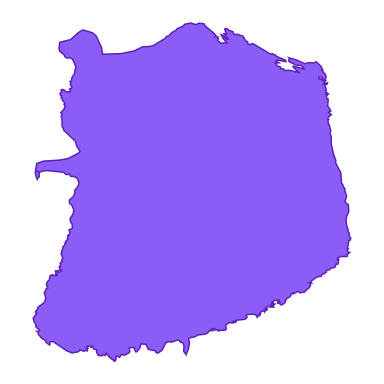 outline of Hurum nor, Buskerud, Norway
{"feature_id": "86288312B72447023629583", "entity_name": "Hurum nor", "entity_type": "district", "adm_level": 2, "iso_a3": "NOR", "parent_name": "Norway", "parent_adm1": "Buskerud", "projection": "natural_earth1", "projection_center": [10.511, 59.602], "detail": "fine", "context": "isolated", "style": "filled", "palette": "violet", "viewbox_px": 384, "rotation_deg": 0, "n_neighbors": 0, "source": "geoboundaries", "source_scale": "gbopen_adm2", "svg_char_len": 5796}
<svg xmlns="http://www.w3.org/2000/svg" viewBox="0 0 384 384"><path d="M204.0,23.8L199.1,23.2L195.9,24.6L190.7,23.0L184.7,24.3L183.1,26.1L177.0,28.8L175.8,30.4L171.6,32.7L168.6,36.0L166.6,36.3L165.5,38.2L153.4,45.5L149.7,46.5L143.0,46.7L133.8,51.0L121.5,53.6L102.7,54.3L101.5,47.5L96.1,35.8L92.6,32.8L82.8,29.9L78.5,32.5L70.7,39.6L59.7,42.3L59.0,48.7L59.8,51.3L64.4,55.2L65.1,57.1L67.6,58.2L69.5,57.5L72.5,59.0L76.1,67.4L75.0,69.9L74.6,73.2L71.9,77.7L71.3,81.0L70.0,81.5L71.0,83.0L70.3,84.5L71.8,87.3L71.1,88.6L69.7,88.8L70.3,90.4L69.7,91.9L66.2,91.8L63.8,89.7L62.0,89.5L61.0,90.1L61.9,91.8L60.0,93.3L60.5,95.2L61.8,95.8L61.1,97.8L62.4,98.5L62.2,100.0L63.8,101.6L64.8,104.0L64.1,104.4L65.2,105.8L63.9,109.4L60.8,112.6L62.3,114.1L61.1,116.6L62.0,118.6L62.1,126.2L64.1,130.6L75.5,141.4L76.6,146.0L80.0,151.3L78.3,153.2L68.1,158.5L59.6,160.1L43.7,161.1L36.7,163.5L35.2,172.7L36.1,176.5L37.7,180.4L37.0,178.4L39.3,176.9L39.2,173.0L38.6,171.9L36.1,170.8L39.8,172.4L41.3,171.3L46.9,170.5L63.9,172.3L65.5,174.2L67.3,174.7L69.2,173.9L70.6,176.2L75.0,176.8L77.6,178.9L79.0,183.2L77.9,186.4L74.5,190.7L74.9,192.9L73.6,196.2L69.3,200.2L69.5,203.2L72.1,205.7L73.9,210.4L73.0,214.0L70.1,218.7L70.6,222.0L72.2,224.6L72.3,228.4L69.0,229.8L70.2,233.3L68.0,235.4L69.6,235.7L67.2,235.6L68.3,236.2L67.4,238.2L67.8,239.2L65.8,241.1L65.6,242.9L64.8,243.1L65.6,243.9L62.7,247.2L62.6,249.5L61.6,251.1L62.0,252.6L61.1,253.4L62.8,258.1L61.8,259.8L62.1,262.0L60.9,262.5L61.2,262.0L60.4,262.8L61.0,264.1L60.2,264.9L60.2,266.7L59.2,266.9L59.9,268.5L59.4,269.3L60.9,270.2L60.4,270.3L61.1,271.5L58.7,272.2L57.7,271.6L58.2,270.9L55.5,270.9L56.1,273.5L55.0,273.9L57.1,274.1L57.2,275.3L52.7,275.5L52.5,274.7L50.1,275.7L49.1,280.2L47.5,281.5L46.3,284.5L47.7,287.9L46.2,288.7L45.8,290.6L44.3,292.3L45.9,298.3L45.1,299.7L45.3,301.0L43.6,303.1L37.9,307.2L37.7,308.9L35.5,311.5L35.6,312.9L36.9,313.3L33.2,318.0L33.9,321.3L36.3,325.1L35.7,326.0L36.2,327.2L39.5,330.1L38.4,331.5L37.1,331.4L38.0,332.0L38.4,334.3L41.7,338.3L45.3,340.3L45.7,341.9L48.2,344.1L49.7,344.9L50.2,341.8L53.1,341.5L66.7,350.8L72.2,353.0L78.6,351.7L80.0,350.0L84.2,351.3L85.3,350.1L87.1,351.0L87.5,349.7L86.8,347.9L87.8,347.9L86.8,346.6L89.5,345.9L91.1,347.5L92.5,346.1L93.5,348.7L97.1,350.1L96.5,351.8L98.1,355.4L102.1,355.8L103.1,354.5L105.0,355.5L106.2,353.2L109.6,357.4L114.4,361.0L114.3,360.1L115.3,360.6L116.0,359.1L116.3,356.4L117.9,356.2L119.5,357.4L121.5,354.4L124.6,355.2L129.2,352.7L129.9,351.3L129.2,348.1L130.2,347.4L134.6,347.8L134.5,349.6L135.7,351.8L136.7,351.8L139.7,348.3L141.0,343.9L145.9,344.3L148.4,349.4L155.4,350.8L155.9,352.3L157.6,353.2L162.0,350.3L165.6,343.2L167.7,341.9L170.5,341.5L171.0,342.2L177.5,340.1L179.0,340.3L180.3,342.1L182.4,342.4L184.0,345.5L183.7,351.5L185.8,354.3L185.7,353.3L186.5,353.6L188.3,349.4L189.5,342.8L188.6,338.5L189.1,338.0L195.0,336.7L198.2,334.9L205.1,334.2L207.6,333.0L209.0,330.9L213.9,330.4L211.2,330.2L211.1,329.2L212.2,328.6L214.5,328.6L214.9,329.4L214.2,329.9L217.4,329.9L219.3,331.5L218.9,330.8L219.8,330.3L225.4,330.1L226.4,328.7L225.5,325.2L229.1,322.7L233.2,322.9L236.6,321.8L233.7,321.5L236.7,320.2L245.1,319.3L247.1,317.5L246.1,315.3L248.2,314.4L255.4,314.3L257.2,317.3L257.8,316.9L257.4,315.8L258.4,315.0L260.2,316.1L259.6,315.6L260.5,313.8L259.6,313.6L260.5,312.2L263.4,310.7L264.2,311.6L264.1,311.0L265.3,311.1L267.4,309.5L267.3,308.3L267.0,309.5L264.9,309.0L266.5,306.8L273.3,307.1L271.1,305.5L274.0,305.8L271.5,305.2L272.2,304.2L274.3,304.8L274.9,304.0L271.9,303.1L272.2,301.8L273.3,302.2L274.1,300.4L279.1,300.0L279.5,301.5L278.0,301.9L279.4,302.5L276.9,303.2L279.0,303.1L281.1,305.0L282.9,304.3L285.1,302.4L286.4,298.8L290.1,296.6L291.5,293.7L293.3,293.7L292.9,293.2L295.5,292.8L297.2,291.6L298.9,291.7L299.7,292.8L304.2,292.2L309.5,287.3L310.4,285.6L310.3,283.8L311.4,283.3L309.4,282.8L311.2,282.3L311.0,281.3L316.7,277.1L321.4,276.1L322.0,274.0L324.8,273.6L325.0,272.6L326.5,272.0L326.3,271.0L327.4,269.6L329.3,270.0L330.6,268.3L334.2,267.6L335.3,266.6L336.0,264.2L338.1,264.0L338.3,260.2L338.8,259.8L339.1,258.9L338.2,260.0L337.4,259.7L337.4,258.4L340.0,256.6L346.8,256.5L347.3,256.0L347.0,254.9L349.6,252.5L348.2,252.4L347.2,249.1L348.4,248.5L347.6,247.7L348.9,240.5L350.2,240.1L350.8,238.3L349.3,236.2L349.3,233.4L347.8,231.3L348.3,229.9L346.8,226.3L346.1,221.1L346.4,217.3L348.8,211.3L348.3,204.5L346.6,203.8L344.9,201.4L346.7,196.4L344.8,190.5L344.9,188.5L343.2,186.8L342.9,184.8L341.6,183.3L340.8,172.8L335.6,162.9L335.8,160.4L333.5,154.1L331.2,143.9L331.2,136.7L330.2,133.3L330.7,130.5L329.2,124.5L328.3,123.8L328.0,120.4L328.6,119.7L327.9,119.5L328.6,116.9L331.4,114.6L328.7,112.4L330.8,111.0L329.8,110.6L330.0,109.4L327.7,106.2L328.2,99.1L327.0,98.8L326.3,96.3L328.3,94.0L325.9,94.1L327.1,92.8L326.0,92.4L326.1,88.6L324.7,85.5L327.3,83.9L327.5,82.8L323.6,83.9L324.9,81.8L324.6,81.2L322.6,80.6L321.9,79.9L322.2,79.1L318.8,78.8L319.1,76.8L321.4,76.9L323.7,80.4L326.5,80.5L325.2,80.1L326.1,77.1L325.5,74.5L322.2,70.9L322.2,70.2L323.5,70.0L321.7,69.7L322.1,68.3L321.1,66.4L316.2,61.8L313.8,62.9L308.8,62.6L304.8,63.7L296.1,59.8L288.8,57.8L289.7,59.0L288.4,60.4L289.3,61.8L295.7,64.8L301.7,65.7L303.9,69.0L293.5,66.1L293.0,66.4L293.7,67.6L298.7,72.5L288.9,70.2L285.5,70.6L282.7,68.6L280.8,68.7L280.1,66.7L277.6,66.2L275.0,62.6L275.8,61.8L277.2,63.0L278.9,62.8L276.3,61.4L276.9,60.0L285.9,61.6L285.4,60.2L276.9,56.6L274.9,54.6L273.5,54.8L272.7,53.6L270.8,54.2L268.9,53.2L253.7,44.0L251.5,43.8L250.4,44.7L247.9,44.0L247.6,41.8L245.5,40.6L243.1,36.3L237.0,34.1L235.2,34.8L233.3,33.2L232.9,31.7L228.4,30.0L226.9,28.5L224.6,29.0L226.5,33.9L224.0,33.7L228.1,39.1L226.6,39.4L223.1,35.4L221.1,34.6L223.2,38.7L226.8,42.7L221.0,43.2L217.6,40.4L218.5,38.9L217.4,37.9L218.0,37.0L215.0,37.1L216.0,35.9L214.6,33.9L204.8,25.6L204.0,23.8Z" fill="#8b5cf6" stroke="#5b21b6" stroke-width="1.5"/></svg>